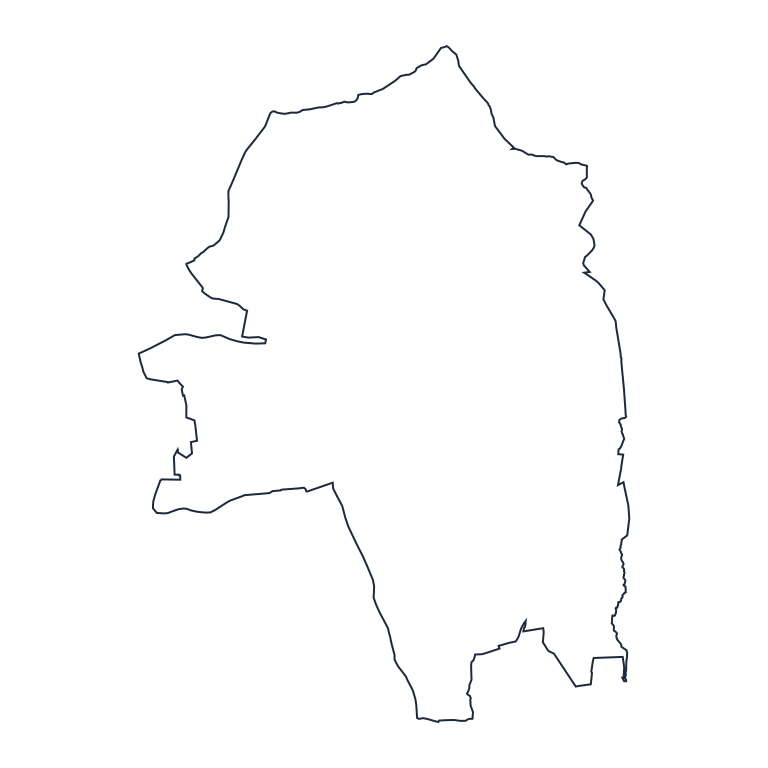 Voila, Brasov, Romania (Albers equal-area conic projection)
{"feature_id": "2599482B13078719041336", "entity_name": "Voila", "entity_type": "district", "adm_level": 2, "iso_a3": "ROU", "parent_name": "Romania", "parent_adm1": "Brasov", "projection": "albers", "projection_center": [24.863, 45.81], "detail": "fine", "context": "isolated", "style": "outline", "palette": "slate", "viewbox_px": 768, "rotation_deg": 0, "n_neighbors": 0, "source": "geoboundaries", "source_scale": "gbopen_adm2", "svg_char_len": 6095}
<svg xmlns="http://www.w3.org/2000/svg" viewBox="0 0 768 768"><path d="M578.3,686.0L590.8,684.3L592.0,673.0L591.3,671.6L592.8,661.6L593.7,658.0L622.7,656.9L624.0,665.9L624.2,669.7L623.9,670.6L624.0,672.4L623.5,677.0L624.2,677.0L624.3,677.3L623.8,677.9L622.4,677.8L624.2,681.3L626.1,681.2L626.1,679.8L624.9,677.8L625.1,676.9L625.6,676.1L625.9,674.5L625.3,672.7L626.0,671.7L626.2,669.0L626.3,662.0L627.0,657.1L627.1,652.5L626.4,650.1L621.5,646.9L621.1,644.3L617.1,639.4L616.4,636.9L616.3,635.3L616.9,634.4L616.9,633.2L615.4,631.5L613.9,630.6L613.7,629.7L614.0,627.1L613.6,625.5L611.8,623.3L612.3,615.9L612.7,615.4L614.1,615.9L615.0,615.4L615.1,614.9L615.8,613.3L616.1,611.7L616.1,610.0L615.7,608.8L615.7,608.3L616.1,607.6L617.2,607.6L617.5,606.9L617.7,605.8L618.3,604.3L618.2,602.3L618.9,601.9L620.1,601.9L620.7,601.4L621.0,600.6L621.3,598.5L622.3,597.7L622.6,596.9L622.4,595.3L622.8,594.7L623.9,593.8L624.5,592.9L625.8,592.3L625.6,591.0L625.8,590.0L625.6,588.9L625.5,586.6L623.8,585.5L623.6,584.8L624.4,584.4L625.4,580.8L625.3,580.1L623.6,578.0L623.4,577.3L623.6,576.6L624.0,575.7L624.0,574.4L624.5,573.1L624.4,572.1L623.9,571.0L624.2,570.2L624.2,569.5L623.5,568.2L622.5,567.4L622.4,566.7L622.4,566.3L623.3,565.1L623.5,563.7L622.9,562.1L622.0,561.1L621.3,559.2L621.2,557.4L622.1,554.9L622.0,554.2L621.1,553.1L620.7,551.5L619.5,549.7L619.8,548.9L620.6,547.9L620.5,546.2L620.7,545.4L621.2,544.7L621.3,542.4L621.7,541.4L621.7,539.6L627.2,535.4L629.3,518.7L628.4,505.8L624.4,487.1L623.5,482.2L618.0,485.1L621.3,467.6L621.3,466.3L623.2,454.6L618.3,454.2L618.6,449.3L619.8,448.6L620.9,446.8L621.9,444.8L623.4,440.5L624.1,439.3L624.1,438.3L623.0,435.5L622.8,434.3L622.2,433.6L621.6,431.2L622.1,429.2L621.0,426.5L620.7,424.7L619.0,422.2L619.4,420.0L621.3,418.5L625.0,417.9L626.1,416.7L625.6,414.3L625.5,411.1L624.0,389.7L621.3,361.6L621.5,358.8L621.3,358.0L620.9,357.7L620.5,353.1L616.3,327.8L615.7,321.6L615.2,320.2L606.3,305.0L603.4,299.4L604.7,290.3L604.5,290.0L598.3,282.7L595.4,280.3L584.2,272.7L589.7,271.9L583.8,265.3L583.2,262.9L585.2,256.8L587.1,255.5L592.1,250.3L593.7,247.9L594.2,246.7L594.5,245.1L593.6,239.7L593.1,238.2L592.4,237.2L591.0,234.6L579.3,225.3L585.5,211.6L593.1,200.6L591.5,197.7L590.9,194.8L590.2,193.4L587.5,189.9L586.3,187.9L584.4,187.5L583.0,186.0L581.7,183.5L582.3,181.3L582.9,180.6L585.3,179.3L586.6,177.9L586.9,177.0L586.8,173.9L586.9,167.3L587.1,166.1L586.6,165.7L580.9,164.3L579.0,163.1L575.9,162.8L568.0,163.6L566.3,164.4L563.9,162.5L561.2,161.9L556.8,160.3L556.0,159.7L553.7,157.3L553.2,157.0L548.3,156.2L546.9,156.6L543.9,156.1L536.5,156.1L534.3,155.6L532.2,154.6L528.3,154.6L522.1,150.8L515.3,148.8L512.0,149.0L513.7,147.5L504.7,139.0L495.0,126.1L493.4,117.6L491.6,113.9L490.6,108.7L489.6,106.3L488.6,105.2L488.2,103.8L487.3,102.5L483.5,98.5L475.1,88.5L474.0,86.6L470.7,82.8L459.3,66.4L458.6,63.9L458.3,60.8L456.3,54.6L451.9,50.9L448.8,47.5L446.6,46.1L444.2,47.2L441.0,47.9L434.1,57.9L432.9,59.1L426.0,64.3L421.8,65.2L416.6,68.1L415.8,70.4L415.3,71.2L414.2,72.0L409.2,74.7L405.8,74.9L400.5,76.1L395.0,80.9L382.9,88.9L373.9,92.5L371.7,94.1L366.7,93.7L361.9,94.1L358.3,94.9L357.6,98.5L355.8,100.7L354.8,101.5L353.5,101.9L348.7,102.4L345.6,102.1L344.5,101.6L341.4,102.9L339.9,103.0L338.2,103.6L336.9,103.1L327.5,106.3L323.0,107.3L318.8,107.4L310.0,109.3L302.6,110.0L299.6,111.9L296.9,112.7L291.0,112.6L285.5,113.8L283.3,113.7L278.5,113.0L276.4,112.3L274.6,111.4L273.5,111.3L272.5,111.5L270.3,113.2L265.0,126.5L255.0,139.6L248.0,148.2L245.1,152.3L241.7,159.8L232.7,181.4L228.4,191.1L228.4,197.3L228.7,200.9L228.5,217.0L224.9,227.3L223.4,232.5L220.2,239.3L219.4,240.6L213.5,245.6L209.6,246.6L207.5,248.1L203.0,252.2L200.9,253.4L198.1,256.3L194.4,258.6L194.4,259.2L194.5,259.8L194.4,260.3L191.4,261.8L186.4,263.8L186.4,264.3L186.8,265.5L189.3,270.2L191.4,273.4L202.6,287.6L202.8,288.5L202.7,289.6L202.1,290.4L202.1,290.9L202.6,291.7L204.9,293.6L210.2,297.3L212.6,298.5L218.7,299.0L237.3,304.1L240.1,306.2L243.4,309.3L247.1,310.7L242.1,336.5L248.3,337.6L258.7,337.1L266.0,339.5L265.2,343.3L255.7,343.6L243.6,342.6L236.9,341.2L230.0,339.2L220.4,335.1L215.7,335.3L206.3,337.4L202.2,337.9L197.1,337.0L188.9,334.7L185.2,334.2L174.8,335.1L166.2,340.1L149.9,348.5L138.7,353.6L140.7,362.4L142.5,368.0L143.3,371.6L146.7,378.3L151.5,379.5L167.9,382.1L168.0,382.5L177.6,380.6L179.5,383.1L182.9,386.6L181.7,389.5L183.0,395.7L184.2,395.4L186.4,405.4L186.3,417.4L194.4,420.4L195.3,425.4L197.0,440.8L190.9,442.1L192.0,453.4L186.4,457.8L178.0,452.5L177.9,450.3L177.7,449.5L173.9,456.5L174.6,474.7L178.9,474.7L179.0,475.4L180.2,475.4L180.3,479.7L161.6,479.4L161.0,480.2L160.4,480.4L155.4,493.9L153.3,501.4L153.0,505.4L153.0,508.3L156.9,513.0L164.5,513.4L168.1,513.0L172.7,511.2L178.6,509.2L183.4,508.5L186.8,508.8L190.6,510.3L196.8,511.7L203.1,512.4L207.4,512.6L210.8,512.3L213.4,510.7L213.9,510.8L226.4,502.7L229.9,500.7L243.5,495.7L244.1,495.2L269.4,493.1L272.6,491.1L280.8,490.4L281.0,489.9L282.1,489.6L298.3,488.4L303.9,487.7L305.7,489.3L306.1,491.0L306.9,491.6L332.7,482.7L333.2,488.6L337.4,496.9L342.2,505.8L345.3,517.7L348.3,526.5L356.7,544.2L362.7,556.0L367.3,566.4L373.0,580.1L374.1,586.3L373.9,593.3L373.5,597.4L376.2,604.9L379.4,612.0L385.5,623.5L387.8,627.9L388.3,629.5L388.8,632.2L390.2,637.1L391.2,642.2L394.6,655.3L394.5,659.1L395.6,661.8L398.0,666.2L405.9,676.5L407.6,680.4L412.3,689.3L413.2,691.7L415.3,698.8L415.8,701.7L416.3,705.2L417.1,718.0L418.8,718.8L419.9,718.8L422.5,718.2L423.3,718.2L427.9,719.1L436.0,721.5L438.4,721.9L439.1,720.6L445.0,720.2L454.3,720.0L459.9,720.8L463.9,720.9L465.8,720.7L467.2,719.7L469.1,718.9L472.5,718.7L473.0,712.1L470.6,705.6L470.3,699.6L470.8,698.2L469.8,695.8L468.1,694.9L467.0,693.5L467.9,692.0L469.3,688.3L469.4,685.1L471.5,679.8L471.1,665.4L471.5,662.2L473.5,660.2L474.7,656.8L475.1,654.5L482.2,654.2L488.9,652.1L499.5,648.6L498.6,645.9L508.6,643.0L515.8,641.4L517.8,638.2L518.5,636.8L520.9,629.2L521.7,627.3L524.3,622.7L525.7,621.0L525.5,622.4L525.5,624.8L524.8,627.1L524.1,627.8L523.4,631.4L543.2,628.2L543.7,632.0L542.9,642.3L548.3,650.9L554.0,653.7L575.8,686.6L578.3,686.0Z" fill="none" stroke="#1e293b" stroke-width="2"/></svg>